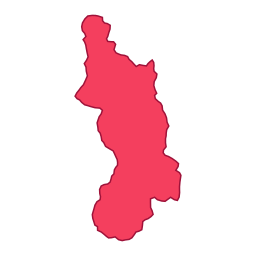 Pedra Bonita, Minas Gerais, Brazil
{"feature_id": "56859067B30367542066922", "entity_name": "Pedra Bonita", "entity_type": "district", "adm_level": 2, "iso_a3": "BRA", "parent_name": "Brazil", "parent_adm1": "Minas Gerais", "projection": "orthographic", "projection_center": [-42.378, -20.47], "detail": "fine", "context": "isolated", "style": "filled", "palette": "rose", "viewbox_px": 256, "rotation_deg": 0, "n_neighbors": 0, "source": "geoboundaries", "source_scale": "gbopen_adm2", "svg_char_len": 2205}
<svg xmlns="http://www.w3.org/2000/svg" viewBox="0 0 256 256"><path d="M75.1,96.2L77.1,98.7L79.7,100.0L81.7,102.4L84.7,104.8L87.7,105.6L90.5,106.5L95.0,107.7L99.9,108.1L102.4,110.3L101.2,113.9L99.2,116.7L98.3,119.3L97.1,122.9L97.9,127.5L98.2,130.7L100.2,133.2L101.2,136.7L101.8,140.5L103.7,142.5L105.6,146.4L109.9,149.0L113.2,150.9L114.5,153.7L115.9,156.8L117.2,159.6L117.6,162.4L117.5,165.3L115.8,167.3L114.4,169.8L113.9,173.9L111.7,176.1L111.1,178.9L110.1,182.1L107.7,184.0L104.1,184.6L101.2,186.0L99.6,189.5L99.8,193.6L100.5,196.6L100.1,199.7L97.0,201.7L95.0,205.1L94.1,208.4L93.2,211.5L92.3,214.6L92.8,218.4L94.0,222.1L94.9,225.1L97.5,226.6L97.6,230.3L101.4,232.1L104.1,234.3L106.5,236.4L108.6,237.9L111.5,237.7L115.2,236.9L118.6,239.7L122.2,240.6L125.3,239.9L129.1,239.4L131.9,237.8L134.0,235.0L136.0,232.0L138.9,231.2L141.8,229.7L142.4,225.7L142.8,221.5L145.2,219.7L148.0,218.7L151.0,216.6L153.1,214.4L152.1,210.8L150.6,207.6L150.5,202.6L150.5,198.8L154.6,197.3L157.4,199.7L161.7,201.0L165.1,201.3L167.7,199.4L170.6,197.3L174.4,199.7L177.4,200.4L179.1,197.1L179.6,192.6L179.5,189.4L179.5,186.6L179.9,182.0L180.5,178.0L180.9,175.3L179.5,172.7L175.8,170.3L178.1,166.5L178.5,163.6L175.9,161.2L172.1,158.5L168.5,156.5L165.1,155.3L163.2,152.8L163.5,150.0L166.1,146.8L165.5,142.9L165.5,138.7L166.1,135.9L166.2,133.1L166.7,129.7L168.8,126.0L167.1,122.3L166.5,117.8L165.0,113.9L162.6,110.2L162.1,105.8L160.6,103.1L158.2,101.4L155.3,98.7L154.6,95.4L156.7,93.3L155.0,89.6L153.8,85.5L154.2,81.6L156.3,77.7L156.9,74.0L154.1,71.3L153.7,68.7L154.0,65.7L153.7,62.4L152.2,60.0L150.0,61.7L148.0,63.6L146.4,65.9L142.9,65.4L139.4,64.7L136.2,66.5L134.1,64.3L131.8,61.7L129.1,59.4L127.6,56.6L124.6,55.4L120.9,54.9L118.3,53.9L116.0,52.8L114.0,49.7L115.6,44.3L113.6,41.8L111.0,41.7L107.7,41.4L106.5,38.8L107.8,36.3L108.8,32.6L110.0,29.1L110.2,25.3L107.4,23.6L104.5,23.0L102.6,20.8L102.4,17.4L98.1,16.0L95.4,15.5L92.2,15.4L87.8,16.0L84.9,18.9L82.5,22.9L81.7,26.7L82.4,30.7L84.7,33.4L85.9,36.5L83.1,39.6L84.6,41.9L85.8,45.1L86.4,48.8L87.1,52.5L88.1,56.9L86.6,60.1L84.3,63.6L86.0,67.1L86.3,71.2L87.4,75.9L85.6,80.1L83.4,84.8L80.9,87.5L79.2,89.9L76.8,92.9L75.1,96.2Z" fill="#f43f5e" stroke="#9f1239" stroke-width="1.5"/></svg>